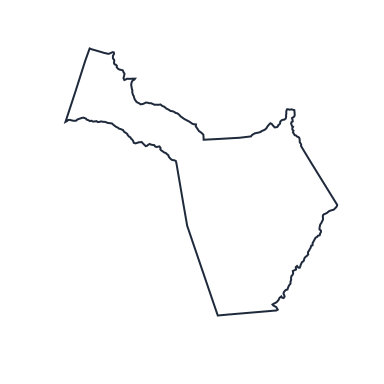 the district of Colinas, Maranhão, Brazil, rotated 18°
{"feature_id": "56859067B48571840194208", "entity_name": "Colinas", "entity_type": "district", "adm_level": 2, "iso_a3": "BRA", "parent_name": "Brazil", "parent_adm1": "Maranhão", "projection": "albers", "projection_center": [-44.236, -6.084], "detail": "fine", "context": "isolated", "style": "outline", "palette": "slate", "viewbox_px": 384, "rotation_deg": 18, "n_neighbors": 0, "source": "geoboundaries", "source_scale": "gbopen_adm2", "svg_char_len": 4171}
<svg xmlns="http://www.w3.org/2000/svg" viewBox="0 0 384 384"><g transform="rotate(18 192 192)"><path d="M264.0,82.5L261.0,82.7L259.3,83.6L258.1,83.6L256.9,83.9L256.7,85.3L256.9,86.9L257.5,88.2L257.6,89.6L258.3,91.4L258.4,93.2L257.6,94.5L255.7,95.5L254.8,96.5L254.2,97.9L254.6,99.5L254.2,100.8L253.4,101.7L253.4,103.0L252.8,104.0L250.7,105.0L248.5,103.8L246.9,102.7L245.3,102.4L244.1,104.8L243.5,106.5L243.1,108.3L242.2,110.0L240.8,111.4L239.4,112.5L238.8,113.6L237.0,114.9L235.5,115.7L233.5,116.9L232.2,118.4L231.4,119.4L230.9,120.9L220.5,125.7L202.3,132.8L186.9,138.7L185.9,135.9L185.0,133.9L182.7,132.8L181.2,132.3L179.9,132.0L178.9,131.2L175.2,128.3L174.9,126.5L172.5,127.0L171.3,127.0L167.7,125.9L162.3,125.0L157.8,123.6L155.5,122.3L153.7,121.7L151.9,121.9L150.7,121.4L149.2,121.2L147.8,121.3L146.6,121.6L144.7,121.0L141.7,120.5L139.0,119.4L137.3,119.4L135.0,118.5L133.0,119.5L130.9,120.0L129.7,120.6L125.5,120.2L123.8,120.8L122.0,120.8L120.3,121.3L119.2,122.5L118.0,123.5L116.1,124.5L114.5,124.0L112.9,123.8L111.4,123.5L110.3,122.6L109.1,121.8L108.2,120.7L107.5,119.7L106.8,118.6L105.8,117.8L105.0,116.6L104.2,115.3L104.0,113.9L103.1,112.7L102.4,111.5L101.6,109.9L101.0,108.8L100.8,107.3L100.7,105.8L101.2,104.1L102.4,103.0L102.8,101.8L100.4,102.6L97.3,103.8L95.3,104.3L94.2,105.5L93.0,106.4L91.7,105.0L91.5,102.2L91.3,100.4L89.8,99.2L88.7,97.8L87.1,97.7L85.3,98.0L83.4,97.6L81.7,96.4L81.5,95.1L80.3,94.5L78.9,94.5L77.9,93.4L77.6,91.6L77.1,90.3L75.5,89.4L74.7,86.9L75.2,84.7L74.5,83.4L73.3,83.5L71.4,85.3L69.7,86.5L67.0,86.7L65.5,86.9L63.0,86.9L57.3,87.1L53.8,87.2L52.5,87.3L50.3,87.1L49.9,100.4L50.1,131.7L50.0,164.4L51.4,162.9L52.0,161.8L53.6,161.1L55.5,161.1L57.7,160.8L59.9,159.9L60.4,158.7L61.5,157.7L62.9,156.7L64.3,155.6L65.9,154.8L68.5,155.0L69.5,155.7L71.1,155.7L72.9,156.1L74.4,155.3L76.2,155.6L78.2,154.7L79.3,154.1L80.7,154.6L82.4,153.9L83.6,153.0L85.8,152.7L88.0,152.1L90.1,152.4L91.4,152.1L93.0,151.9L94.5,151.5L96.3,152.3L98.2,153.0L99.7,153.5L101.6,153.7L103.1,154.3L104.5,154.2L107.2,154.4L108.8,155.7L110.8,156.2L112.5,156.8L113.2,157.7L114.7,158.6L116.7,159.2L117.6,160.1L118.9,160.6L120.3,161.7L121.4,163.2L123.3,163.2L125.0,162.0L126.0,161.1L127.2,160.8L128.6,160.0L130.6,161.1L132.6,162.1L133.9,162.7L135.0,161.9L135.9,160.4L137.0,159.4L138.4,159.6L140.2,159.4L141.7,159.1L142.7,160.0L144.2,160.2L145.4,159.6L147.0,158.7L148.5,159.9L148.7,161.2L149.7,161.9L151.4,162.3L153.1,163.0L155.0,163.0L156.6,163.8L158.1,164.3L159.2,165.8L161.4,167.1L163.3,167.7L165.2,167.3L167.0,167.5L168.3,169.5L169.1,171.0L188.0,207.0L197.9,225.7L199.8,228.2L207.4,238.4L225.3,262.3L228.1,266.0L236.3,277.0L237.5,278.6L243.5,286.6L253.1,299.4L254.7,301.5L265.1,297.0L266.9,296.3L269.4,295.2L277.3,291.9L280.6,290.5L303.9,280.7L305.0,280.2L308.9,278.6L309.9,277.4L307.6,275.4L305.6,275.0L304.3,274.8L303.3,274.1L304.5,272.7L306.1,271.2L306.8,270.1L307.7,267.8L307.9,265.7L309.2,263.7L310.1,264.6L311.9,264.5L312.4,262.9L311.6,261.6L310.5,260.6L310.3,258.9L310.9,257.3L311.5,256.1L312.9,255.3L312.9,253.6L313.0,252.1L313.2,250.7L314.0,248.7L313.4,247.0L313.4,244.8L312.8,243.3L312.5,241.4L313.2,239.9L313.4,238.1L312.3,236.0L313.9,234.5L314.9,233.6L313.9,231.4L314.8,229.9L316.3,231.0L317.8,230.8L318.0,229.2L317.9,227.4L318.3,224.7L319.4,223.4L319.5,222.1L319.4,220.7L319.6,219.5L320.5,217.9L321.3,216.8L321.8,215.4L321.2,214.3L320.9,213.2L321.5,211.4L321.6,210.2L322.0,208.9L322.0,207.5L322.0,206.2L323.1,205.5L322.5,203.3L322.9,201.2L323.3,199.2L323.6,197.3L324.9,196.0L325.2,194.8L326.8,193.7L326.7,192.0L327.0,190.1L326.5,188.8L324.8,188.2L324.3,186.3L324.0,183.3L324.6,181.5L324.7,180.1L325.1,178.0L324.8,176.8L323.9,174.6L323.8,173.4L324.4,172.4L325.8,171.2L326.9,170.1L327.5,169.1L328.5,167.6L329.6,166.9L330.5,166.1L332.2,165.1L333.7,162.2L334.1,161.1L334.1,159.4L296.9,127.9L281.6,114.7L281.1,113.0L280.1,112.1L279.1,111.4L278.4,109.4L277.6,107.7L276.5,106.9L275.0,106.9L273.4,106.1L272.1,106.2L270.9,105.1L269.5,104.0L269.6,102.4L268.1,101.5L267.6,100.0L268.0,98.8L266.8,98.4L266.0,97.4L265.1,96.3L265.0,94.9L266.0,93.8L265.2,92.1L264.2,90.8L265.5,89.3L266.0,88.2L265.8,86.8L264.9,84.5L264.0,82.5Z" fill="none" stroke="#1e293b" stroke-width="2"/></g></svg>